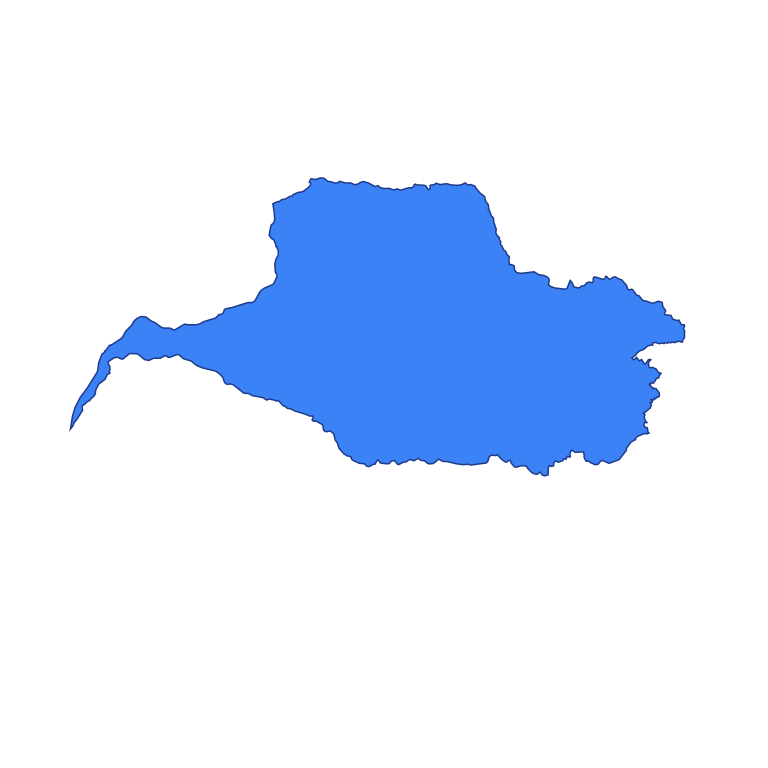 Herveo, Tolima, Colombia (Albers equal-area conic projection), rotated 47°
{"feature_id": "7082276B3940342655765", "entity_name": "Herveo", "entity_type": "district", "adm_level": 2, "iso_a3": "COL", "parent_name": "Colombia", "parent_adm1": "Tolima", "projection": "albers", "projection_center": [-75.226, 5.036], "detail": "fine", "context": "isolated", "style": "filled", "palette": "blue", "viewbox_px": 768, "rotation_deg": 47, "n_neighbors": 0, "source": "geoboundaries", "source_scale": "gbopen_adm2", "svg_char_len": 6170}
<svg xmlns="http://www.w3.org/2000/svg" viewBox="0 0 768 768"><g transform="rotate(47 384 384)"><path d="M214.3,370.3L217.6,373.5L219.2,378.2L222.1,382.3L228.1,387.2L231.4,387.8L232.4,389.0L235.3,395.9L235.3,397.6L232.2,406.4L231.7,411.1L235.1,421.6L234.8,424.4L231.4,428.4L224.4,443.1L221.3,448.0L220.7,450.1L221.9,452.0L222.5,454.6L220.7,457.3L220.9,461.5L220.5,463.0L215.4,473.4L214.5,477.3L212.8,480.8L206.9,487.0L204.2,489.0L201.6,500.6L197.3,502.3L192.9,506.9L190.6,508.2L183.0,509.6L179.3,511.2L172.8,512.4L171.5,513.3L168.9,515.7L167.6,519.8L167.4,523.5L168.9,528.5L169.3,537.1L171.4,543.1L171.5,545.4L169.6,556.3L168.5,558.6L169.8,565.2L169.4,565.7L170.1,566.9L169.9,570.1L173.8,578.0L178.8,584.1L179.9,586.3L184.6,603.9L186.6,615.3L190.7,626.4L195.1,633.8L203.1,644.0L202.5,640.2L201.0,636.9L200.4,632.6L197.7,622.5L194.1,619.7L194.7,616.8L194.5,612.9L195.4,610.6L194.9,608.1L195.1,604.5L194.3,601.9L191.9,599.1L189.5,592.8L190.3,584.8L188.4,579.9L189.2,577.1L186.9,575.7L186.4,574.3L184.0,572.5L180.9,571.7L179.7,570.1L179.8,569.2L180.7,563.8L181.7,561.9L183.5,560.2L186.6,559.1L187.7,557.9L188.2,549.4L193.1,544.2L196.2,543.2L202.8,542.5L206.4,539.9L208.0,534.9L212.5,530.2L213.7,525.4L215.1,524.0L217.0,523.7L218.4,522.6L221.0,516.0L222.3,514.1L228.8,513.4L235.9,509.2L240.8,508.8L243.9,507.9L248.6,505.7L259.8,498.3L265.1,497.3L269.5,497.4L273.4,499.3L275.5,499.6L277.3,498.9L279.5,496.1L281.5,494.8L295.1,492.8L298.5,489.6L302.9,488.1L311.4,481.8L315.8,480.7L316.7,478.2L321.6,474.8L322.8,474.5L324.4,472.5L331.1,472.6L333.5,471.5L335.8,471.3L339.1,468.9L342.4,467.9L351.9,462.4L356.9,460.1L359.0,457.8L359.9,458.2L361.2,461.0L361.9,461.2L363.0,461.0L365.1,458.9L371.1,456.9L372.8,457.1L376.3,459.5L378.3,459.5L379.6,458.7L381.7,455.3L385.1,454.8L386.8,455.1L391.6,457.9L395.6,458.4L400.0,460.7L407.6,461.0L411.1,460.1L414.5,457.9L417.3,459.0L419.3,458.6L425.2,456.1L428.9,452.8L432.6,452.6L434.5,450.8L435.3,446.7L436.5,445.3L435.3,441.4L435.6,440.4L437.0,440.0L438.5,440.6L439.8,440.2L444.6,436.1L445.7,434.5L445.4,431.1L446.9,428.9L448.7,428.5L451.6,428.9L453.0,428.2L454.4,423.2L456.0,421.0L456.6,417.1L457.5,416.1L460.6,414.5L461.7,409.5L464.5,409.4L467.9,406.7L471.7,406.3L473.3,405.4L475.8,402.1L476.3,395.3L480.8,393.7L484.1,390.5L491.7,385.5L496.9,381.2L499.9,377.4L502.6,375.6L511.5,363.1L511.4,360.9L509.1,356.9L509.1,354.2L512.5,351.1L513.3,349.3L518.5,349.4L523.4,348.6L524.8,347.6L525.2,344.2L525.8,343.6L528.3,344.9L533.7,345.1L535.3,343.7L536.9,340.1L539.6,337.0L542.4,335.7L543.6,336.5L549.6,336.3L552.5,335.2L554.2,333.8L554.8,332.2L554.3,330.9L554.7,330.2L558.9,330.2L560.7,329.1L562.4,326.0L557.3,320.9L556.4,318.8L558.4,317.8L559.5,315.8L557.3,313.2L557.2,311.0L560.2,309.7L562.0,305.5L561.1,303.5L563.2,302.3L561.9,299.3L564.2,298.1L564.1,297.1L562.3,296.1L560.8,293.9L560.5,291.6L564.3,290.8L569.7,284.4L573.0,286.4L573.9,287.6L577.9,288.9L578.9,288.5L579.5,286.9L582.1,286.7L587.0,284.6L588.7,282.3L588.2,278.6L588.6,276.5L595.5,273.5L599.7,263.6L597.8,252.0L596.5,250.8L594.9,243.2L596.2,237.9L595.3,237.3L595.1,234.6L597.2,228.9L598.6,226.4L599.6,226.0L600.6,223.6L598.7,223.7L598.0,222.7L595.3,221.3L594.3,222.3L591.6,222.4L589.9,220.0L591.5,218.0L588.4,217.8L585.5,216.1L584.4,214.1L582.5,214.4L583.2,205.5L582.5,205.1L582.2,203.2L579.2,202.1L580.2,201.3L580.2,200.0L577.4,199.4L577.9,198.6L579.3,198.2L579.9,196.5L579.0,195.9L580.0,194.5L579.7,193.2L580.8,191.8L580.3,190.4L578.1,188.8L572.9,188.2L571.4,189.3L571.2,190.3L569.8,189.9L569.3,190.7L567.4,190.2L565.7,190.6L565.2,189.8L564.4,189.8L565.9,189.1L565.3,187.4L566.7,186.9L567.2,186.0L565.8,181.0L566.9,178.8L565.4,176.9L565.2,174.1L562.2,175.6L559.1,174.6L555.0,176.3L553.6,178.3L552.7,178.7L550.3,177.4L548.3,175.3L548.3,172.3L547.6,172.4L546.6,174.1L547.6,178.7L547.1,179.9L541.8,178.9L540.9,181.7L536.8,181.1L536.8,184.2L536.1,185.0L534.0,185.0L534.5,180.0L533.9,177.5L534.2,174.4L535.8,170.6L536.0,165.2L537.7,162.0L538.9,161.1L537.6,160.0L537.5,158.9L539.0,157.0L542.3,155.2L543.8,152.4L545.4,151.8L545.4,150.2L547.5,148.9L547.9,147.0L549.3,146.3L550.1,144.3L551.8,143.4L553.6,139.3L556.6,137.6L556.8,136.8L555.7,136.0L555.1,132.7L550.0,127.8L548.0,127.6L546.5,124.6L545.5,124.0L544.0,125.6L542.9,126.0L538.4,124.7L537.7,126.2L533.5,128.6L529.5,127.3L525.1,131.3L523.8,131.0L522.5,127.9L517.5,127.3L514.1,124.9L510.5,127.0L508.2,132.6L502.3,135.6L499.6,137.8L493.3,137.3L491.4,138.7L484.8,137.8L483.6,138.2L482.3,140.6L480.7,141.0L477.3,139.4L470.0,139.1L466.2,141.1L463.5,141.6L462.2,143.5L461.5,147.4L460.7,147.9L457.8,147.8L456.5,148.3L457.5,150.7L457.1,152.2L449.1,157.0L449.4,158.9L451.9,161.3L452.0,162.6L449.8,164.0L448.3,166.4L448.7,170.6L447.1,172.7L446.7,176.0L442.6,178.9L437.9,177.3L435.3,177.2L438.9,185.0L438.4,186.6L430.8,193.2L426.4,195.7L423.6,196.0L420.5,192.1L418.0,191.4L413.9,192.9L409.5,196.3L404.3,197.7L396.7,208.1L393.2,211.0L389.5,210.7L386.2,208.2L383.2,209.6L382.3,210.9L378.5,208.2L377.2,206.1L376.1,205.6L372.9,205.8L370.3,204.5L367.5,205.0L363.6,203.7L360.9,203.5L359.8,201.7L356.1,200.8L355.5,199.7L352.5,200.0L349.2,198.9L347.6,196.5L340.7,193.4L337.1,190.7L334.3,190.9L329.7,188.8L327.9,188.9L328.1,188.4L323.9,185.4L319.6,185.0L315.5,182.6L309.4,183.5L303.3,183.2L301.7,182.5L297.5,184.3L295.4,187.1L292.4,187.4L290.8,192.0L288.6,195.0L284.6,198.8L280.0,201.8L276.5,206.9L272.7,209.0L272.2,211.8L270.2,214.4L270.3,215.1L272.6,216.9L272.1,219.1L267.7,218.3L265.9,219.2L260.9,224.1L259.3,224.7L258.8,226.0L259.8,227.4L259.2,230.3L257.4,232.0L253.5,239.8L250.5,241.1L248.4,244.8L244.6,246.6L241.0,250.7L238.1,252.7L234.7,253.2L233.7,255.7L226.1,258.4L221.7,261.1L220.5,263.7L220.1,266.4L218.4,269.4L214.3,271.2L210.5,275.2L205.6,278.1L205.1,281.2L203.1,283.2L199.7,284.9L197.5,286.9L193.4,287.3L192.0,288.0L189.8,290.0L187.9,294.4L184.1,297.5L185.1,300.6L185.6,301.0L187.3,300.6L188.5,302.7L188.7,306.1L188.1,311.4L186.9,314.2L185.6,315.6L183.5,321.1L184.0,322.9L182.7,324.5L181.5,329.8L179.4,333.1L179.0,336.5L178.0,337.5L176.4,342.4L182.6,346.5L189.3,351.8L190.8,354.4L190.9,358.4L196.8,366.5L200.6,367.1L203.6,366.3L208.8,368.3L209.6,369.2L209.9,368.7L214.3,370.3Z" fill="#3b82f6" stroke="#1e3a8a" stroke-width="1.5"/></g></svg>